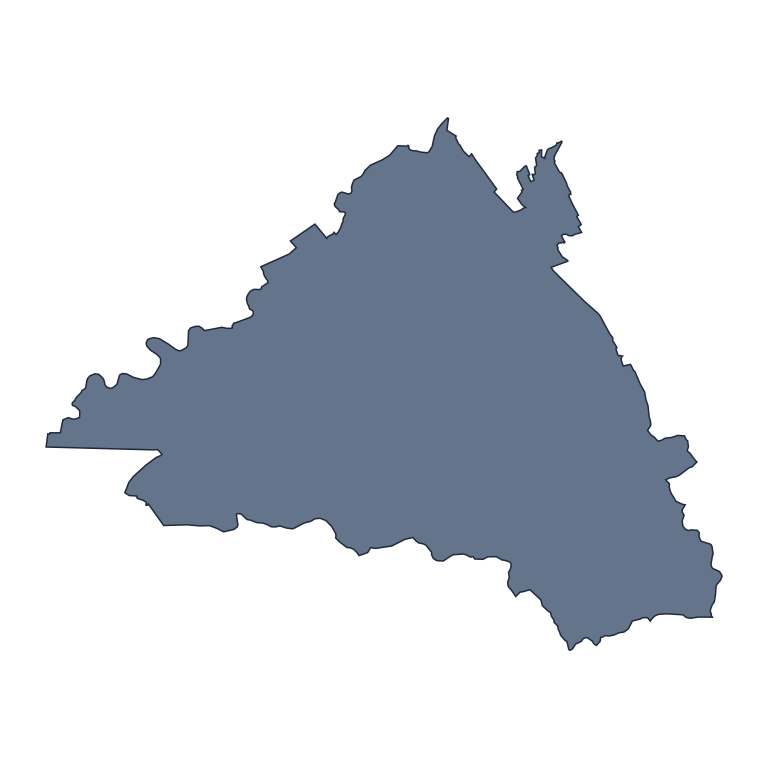 outline of Dragutesti, Gorj, Romania
{"feature_id": "2599482B69401383147703", "entity_name": "Dragutesti", "entity_type": "district", "adm_level": 2, "iso_a3": "ROU", "parent_name": "Romania", "parent_adm1": "Gorj", "projection": "equal_earth", "projection_center": [23.244, 44.958], "detail": "fine", "context": "isolated", "style": "filled", "palette": "slate", "viewbox_px": 768, "rotation_deg": 0, "n_neighbors": 0, "source": "geoboundaries", "source_scale": "gbopen_adm2", "svg_char_len": 6081}
<svg xmlns="http://www.w3.org/2000/svg" viewBox="0 0 768 768"><path d="M712.4,617.2L711.4,615.8L711.2,613.5L710.4,612.1L710.5,609.3L712.3,604.7L714.3,601.9L715.4,595.4L716.1,586.3L716.8,584.5L720.3,580.4L721.9,577.0L721.9,575.4L719.6,571.6L712.6,568.4L711.5,566.6L711.0,564.2L712.3,556.4L713.1,553.8L712.0,546.5L711.4,545.1L710.3,544.1L701.0,541.2L699.1,537.3L699.2,532.6L697.3,530.3L690.8,529.9L688.0,530.6L685.0,528.9L682.7,525.6L682.2,520.7L684.1,515.2L682.2,512.1L682.1,510.1L685.2,504.8L682.2,504.2L676.1,501.4L671.4,493.7L670.3,491.1L669.2,487.0L669.4,484.5L669.0,483.2L665.6,479.7L669.8,477.9L676.1,476.7L679.1,475.3L689.1,467.8L692.0,466.9L696.9,462.0L694.5,459.4L689.9,453.1L687.5,451.2L687.4,449.9L688.4,447.0L687.7,441.0L686.3,439.6L684.7,436.8L684.6,435.9L677.8,435.4L671.8,437.4L665.2,438.2L661.1,440.4L657.9,441.2L654.3,437.1L650.9,434.9L647.6,430.3L650.7,425.6L650.6,422.0L649.1,416.4L648.0,405.7L645.9,399.4L644.7,392.1L640.0,383.6L635.0,371.7L633.5,370.2L630.5,364.4L623.2,366.0L621.2,360.0L621.5,357.3L622.4,356.1L621.5,356.2L621.0,355.6L618.7,355.7L617.8,354.7L615.9,348.9L616.9,347.6L613.8,342.3L612.7,341.1L612.8,337.8L609.5,333.4L600.1,315.9L597.7,313.1L584.8,301.7L560.2,277.6L553.1,270.5L551.2,267.3L567.8,261.2L567.8,260.6L562.2,256.7L557.6,249.3L558.1,248.0L556.9,245.2L558.3,243.6L560.1,242.6L561.0,243.1L562.9,242.2L564.1,243.0L564.9,242.3L561.4,235.6L563.5,234.3L566.1,234.2L568.6,235.6L572.1,235.8L575.6,234.1L581.6,232.5L578.5,227.1L578.4,226.6L581.2,224.5L576.7,216.4L578.4,215.2L572.5,204.1L568.5,195.4L570.9,194.1L570.4,193.7L570.6,192.1L566.9,185.4L566.9,184.1L562.5,174.5L561.3,172.8L560.3,172.6L558.8,170.9L554.3,162.6L555.0,161.4L553.9,158.9L554.8,155.3L561.9,142.3L561.9,141.4L561.4,141.2L558.2,143.1L557.1,142.7L556.0,145.3L551.4,147.8L548.9,148.6L547.3,150.0L545.0,156.3L544.9,158.4L541.5,156.7L541.7,150.0L539.1,150.2L539.2,152.8L537.3,153.4L537.1,156.1L535.5,157.9L536.7,165.6L534.6,167.3L535.3,173.8L533.3,175.0L532.9,174.3L532.2,174.4L534.1,180.2L530.7,181.6L528.1,175.4L529.7,174.8L529.6,174.1L526.4,165.9L524.9,166.1L519.8,171.4L517.2,171.6L516.8,174.7L517.7,176.7L517.4,177.8L523.2,189.4L521.4,190.3L522.0,191.9L517.5,198.4L522.0,204.7L525.6,207.4L523.1,208.3L521.3,209.8L515.7,212.0L513.6,212.1L512.4,211.2L494.1,192.0L496.7,189.0L474.7,158.8L471.6,153.8L469.3,156.7L467.7,155.4L463.3,151.0L460.0,145.2L458.9,144.4L455.5,137.4L456.2,136.1L446.9,130.4L448.5,118.5L447.5,117.9L441.6,123.9L437.5,129.1L434.4,136.1L432.2,146.4L429.0,151.7L427.4,152.7L421.2,152.2L416.1,150.8L414.1,150.9L410.6,150.1L409.0,148.7L408.8,146.1L407.9,145.4L407.0,146.2L397.8,145.7L389.8,155.1L382.2,159.9L370.5,165.1L364.8,170.7L363.4,173.6L361.1,176.5L354.2,179.9L352.6,183.2L351.5,187.2L351.9,191.2L351.1,193.1L348.4,194.0L342.0,192.1L340.0,192.8L337.7,194.9L335.4,201.9L334.3,203.7L335.0,206.3L338.6,209.7L339.7,211.7L344.6,212.1L345.4,213.3L345.2,214.6L343.3,218.3L342.9,222.0L341.8,223.9L340.8,227.3L338.4,231.8L336.0,234.6L334.1,232.3L332.9,234.0L327.7,236.8L326.8,238.4L314.9,224.1L290.4,241.0L296.3,247.7L289.4,253.9L260.7,266.8L263.0,270.6L263.9,274.7L265.7,278.1L267.9,281.0L268.0,282.6L261.6,286.9L261.2,288.8L260.2,289.5L253.5,289.4L250.4,291.2L248.2,294.1L246.9,296.7L246.5,299.4L247.4,303.6L248.8,306.2L249.5,309.0L252.6,310.7L253.3,311.8L253.0,314.9L250.5,317.2L235.8,322.7L234.0,323.0L232.1,326.1L232.4,327.8L232.1,328.2L227.4,328.4L221.8,327.3L204.5,330.6L202.3,328.3L199.1,326.3L195.7,326.3L190.7,327.9L188.9,330.0L188.5,331.5L187.9,345.4L186.0,347.9L180.5,350.8L179.0,350.8L175.7,349.4L167.8,343.7L159.4,338.7L154.0,337.7L149.0,338.8L147.5,339.9L146.3,342.6L146.3,344.3L147.0,346.3L150.2,350.0L157.0,354.5L160.1,357.7L160.6,359.4L160.5,364.1L159.9,365.5L155.6,373.0L152.6,376.8L146.9,379.0L142.2,379.6L134.2,377.7L126.5,373.9L122.5,373.5L120.0,374.7L119.2,376.1L117.2,383.6L116.2,385.0L112.6,387.9L110.1,388.3L106.7,387.1L104.9,384.5L104.2,380.9L102.7,377.9L98.7,374.3L95.0,373.8L90.0,375.8L87.6,378.5L86.8,380.8L85.7,387.6L85.1,388.7L82.2,390.3L81.0,392.7L76.1,397.7L74.9,400.3L72.5,402.6L72.1,403.7L72.6,405.5L75.0,406.2L79.3,410.2L79.8,412.3L79.5,417.5L74.9,419.2L72.3,419.0L68.3,417.6L62.9,419.9L60.3,432.8L49.9,432.8L49.6,434.1L47.8,433.9L46.1,447.0L154.2,449.9L157.1,449.5L158.6,450.5L162.0,454.4L160.2,455.8L156.1,457.5L145.7,465.3L133.7,476.2L129.0,482.1L124.8,492.8L129.1,495.5L137.0,496.1L136.9,497.7L137.4,498.4L143.5,500.5L146.2,502.2L146.5,502.9L145.9,504.2L146.1,505.3L147.7,505.1L148.4,504.0L163.7,525.5L187.1,524.8L199.8,525.9L209.5,525.6L216.9,528.4L223.6,531.8L233.8,529.5L237.3,526.9L237.9,524.9L236.4,514.9L236.8,513.9L238.6,513.6L241.4,514.2L247.0,519.5L250.7,520.2L256.7,522.6L262.9,523.1L267.5,524.7L271.3,526.8L276.2,526.9L278.5,526.1L280.6,526.1L286.3,528.0L292.2,528.8L293.8,528.4L304.2,523.0L310.4,521.4L315.2,518.7L320.2,518.3L325.8,520.5L331.5,526.2L335.5,533.3L336.0,535.2L335.7,538.0L339.3,541.7L346.9,547.5L350.2,547.8L353.8,549.4L357.2,552.8L359.0,555.6L367.6,552.6L370.7,547.6L375.6,548.4L391.7,546.0L405.1,539.3L412.9,537.5L416.1,541.0L418.6,542.9L423.4,543.9L426.1,545.3L431.6,552.3L431.6,554.8L433.3,558.4L435.6,560.0L437.4,560.7L443.2,561.0L452.8,554.8L463.1,554.0L465.8,554.7L470.5,557.1L473.0,556.6L474.7,559.0L483.1,559.3L487.9,556.8L495.6,556.7L497.2,557.1L502.1,560.0L504.7,560.3L509.9,562.0L510.9,563.7L511.1,565.6L510.6,568.5L508.6,572.4L509.2,577.6L507.7,582.1L508.0,585.4L508.6,587.0L511.7,590.5L515.7,596.5L520.2,592.0L522.3,591.9L530.0,589.7L540.8,599.8L542.4,605.8L548.6,611.5L550.5,612.4L551.3,616.1L553.8,619.8L554.2,622.5L557.8,626.0L558.2,629.3L559.3,631.2L560.6,635.2L564.8,640.2L566.5,641.2L567.4,643.2L568.6,648.8L569.3,650.1L570.6,650.1L572.5,648.9L575.6,644.1L581.1,641.5L582.9,639.0L584.5,638.0L587.1,637.6L592.3,641.1L593.7,643.6L596.3,645.5L600.1,641.5L600.7,637.4L603.1,636.9L605.0,635.6L609.0,636.0L613.5,635.2L619.0,632.8L624.1,632.0L628.4,628.8L632.4,621.0L640.1,619.1L642.6,617.7L647.6,617.7L650.3,621.2L651.6,619.1L654.6,616.1L658.3,614.4L666.9,613.8L682.8,614.8L686.4,617.5L690.2,618.3L699.1,617.0L712.4,617.2Z" fill="#64748b" stroke="#1e293b" stroke-width="1.5"/></svg>